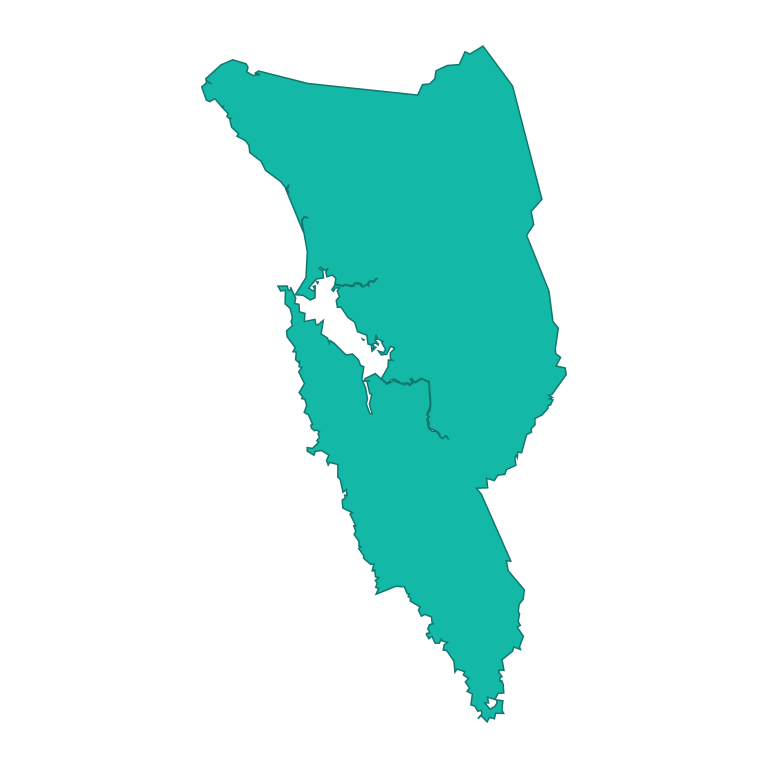 the district of West Coast, Tasmania, Australia
{"feature_id": "25037944B97850876136128", "entity_name": "West Coast", "entity_type": "district", "adm_level": 2, "iso_a3": "AUS", "parent_name": "Australia", "parent_adm1": "Tasmania", "projection": "equal_earth", "projection_center": [145.455, -42.452], "detail": "fine", "context": "isolated", "style": "filled", "palette": "teal", "viewbox_px": 768, "rotation_deg": 0, "n_neighbors": 0, "source": "geoboundaries", "source_scale": "gbopen_adm2", "svg_char_len": 6046}
<svg xmlns="http://www.w3.org/2000/svg" viewBox="0 0 768 768"><path d="M541.9,199.3L512.6,86.1L483.0,46.1L470.0,54.0L465.0,51.8L459.2,64.6L447.2,65.5L436.0,70.8L434.9,78.7L429.7,83.9L422.5,84.6L417.7,95.1L307.9,83.5L258.6,71.0L255.3,73.0L255.6,73.9L257.5,73.5L259.3,74.4L259.3,74.8L252.6,75.4L246.8,71.8L248.0,67.2L246.0,63.8L232.7,59.8L221.1,64.8L205.8,78.7L206.3,81.5L206.4,80.9L207.0,80.9L208.3,81.7L209.0,82.5L209.1,82.8L209.4,82.8L209.8,82.7L210.0,82.8L210.9,83.3L210.8,83.5L209.1,82.8L206.6,80.9L206.2,83.1L201.7,86.9L206.4,100.2L209.8,101.6L214.9,98.7L221.9,107.0L223.9,106.0L222.4,107.6L228.1,113.6L226.9,116.4L229.7,118.8L231.2,118.2L231.3,118.3L229.7,119.0L231.6,127.3L238.5,133.7L236.9,136.2L245.4,140.6L248.9,145.3L249.8,152.6L261.1,161.3L265.6,170.4L280.4,181.3L286.7,189.1L288.1,185.6L289.4,184.6L287.3,189.2L289.0,193.2L285.4,188.2L303.7,232.7L302.1,225.7L301.8,220.1L304.1,216.5L308.4,218.1L304.1,216.9L301.9,221.4L307.3,251.5L306.0,277.5L295.4,294.7L303.0,295.3L310.4,300.0L315.0,297.8L315.2,285.9L313.2,286.4L314.9,289.8L313.7,291.1L308.6,288.1L316.2,279.1L323.5,277.9L322.8,270.7L319.2,268.8L320.4,267.3L325.0,270.3L328.2,268.4L325.8,271.9L326.8,276.8L332.1,275.0L335.9,278.4L334.9,283.8L339.4,284.8L341.2,285.8L345.2,284.5L353.7,286.0L353.6,284.3L354.0,283.6L355.1,283.0L356.4,282.8L357.5,283.9L358.0,282.6L360.8,283.5L361.9,284.9L362.5,287.0L367.0,284.2L367.3,284.2L367.8,284.6L368.6,285.9L368.0,282.9L368.2,282.3L369.2,281.3L372.6,280.8L373.8,281.9L375.4,279.0L377.7,278.0L373.8,282.1L369.2,281.5L368.7,286.1L366.9,284.3L362.5,287.1L358.0,282.8L357.5,284.0L354.9,283.2L354.0,286.0L351.2,286.6L345.3,284.7L343.3,286.3L334.9,284.9L331.8,289.8L333.5,291.3L335.2,288.0L339.6,288.0L337.2,291.0L339.5,296.7L336.2,300.3L337.4,307.3L341.2,307.3L347.8,317.3L354.7,322.2L357.6,331.7L366.8,335.2L368.0,344.0L371.2,345.0L372.0,351.2L375.5,347.8L373.2,348.1L374.6,346.5L371.9,344.5L377.0,342.6L374.9,339.9L376.6,339.4L375.6,338.2L375.9,334.6L377.5,338.7L382.9,341.6L381.6,342.3L385.6,349.6L383.5,352.6L378.4,351.0L381.3,354.9L386.6,354.3L390.7,346.4L394.8,348.3L390.3,353.0L390.4,358.4L392.5,360.3L388.4,360.0L388.0,367.1L381.5,378.4L384.9,381.9L387.8,383.4L390.9,380.0L394.6,379.0L401.8,383.7L407.8,382.7L409.8,384.7L412.3,382.6L410.1,379.1L411.2,378.3L415.0,382.2L421.0,378.3L429.2,381.6L430.8,404.6L429.9,410.8L427.3,414.6L429.4,417.0L427.4,418.6L429.3,422.4L428.7,427.4L437.4,431.6L439.2,433.6L439.9,435.0L440.3,436.8L442.6,438.5L445.7,435.6L446.6,436.2L447.9,438.5L449.3,439.2L448.2,439.0L445.9,435.9L442.4,438.7L439.9,436.6L436.6,431.3L432.2,431.4L428.4,428.0L427.0,418.6L428.9,417.1L426.8,414.5L430.3,405.4L428.8,382.4L421.7,378.9L415.2,382.8L410.8,378.9L412.8,382.6L409.8,385.6L407.8,383.3L405.1,385.2L393.9,380.7L386.9,384.2L375.3,373.6L365.2,378.5L363.6,381.3L369.9,380.7L367.0,381.5L369.7,393.5L371.8,394.2L369.4,404.2L372.2,413.8L369.9,413.8L366.3,404.0L367.5,398.7L365.5,387.6L361.8,379.5L363.8,366.7L360.5,365.4L358.4,359.7L352.5,354.0L346.0,355.0L334.1,343.2L330.1,340.5L329.4,343.4L327.4,337.9L321.1,334.0L323.3,320.4L318.0,324.8L315.9,324.5L315.0,319.4L304.3,321.6L305.0,313.4L299.4,311.8L299.0,304.3L294.6,303.5L295.7,298.2L290.5,287.2L290.9,290.1L288.3,290.3L287.2,286.0L278.0,286.1L280.6,291.0L285.4,290.3L285.1,303.8L290.1,308.4L292.4,317.4L291.1,321.7L292.5,325.5L286.6,330.8L287.2,336.9L295.3,347.6L293.0,351.7L296.3,352.1L295.6,359.7L299.0,362.9L298.9,361.7L299.3,361.1L299.6,361.1L299.1,366.7L301.8,367.4L298.7,371.8L304.5,383.6L299.1,392.6L302.6,396.8L301.7,398.6L304.8,399.3L306.7,405.4L304.2,412.4L308.5,414.9L312.5,424.3L310.8,425.3L311.6,428.4L314.7,430.8L316.4,430.0L318.6,431.3L319.2,431.3L319.5,431.4L318.0,433.8L319.5,437.2L316.8,440.8L318.7,442.2L312.5,448.4L307.2,447.6L307.2,451.0L313.9,455.2L315.3,451.3L321.7,450.6L328.9,455.2L326.5,460.5L328.2,465.0L329.6,462.4L337.9,464.5L337.8,477.2L340.2,479.3L343.0,492.3L346.2,489.6L347.0,495.5L344.6,495.2L345.4,498.0L342.2,500.0L342.8,508.0L352.3,512.7L350.1,514.1L355.8,525.9L353.8,525.8L355.7,531.3L354.1,534.5L358.9,541.2L359.0,546.1L360.9,546.8L358.6,548.5L364.0,555.9L363.4,558.0L370.5,564.3L373.9,564.0L372.1,570.8L373.0,571.0L373.3,570.5L374.0,570.7L374.6,570.1L374.8,570.1L375.5,576.9L378.9,577.6L375.3,580.4L377.2,583.2L375.7,587.4L378.6,588.4L376.1,594.2L395.8,586.3L404.4,586.8L407.2,593.8L409.4,593.9L408.1,596.4L410.7,598.4L410.2,601.0L420.2,607.0L418.4,610.0L421.3,616.2L425.0,614.4L431.5,617.0L432.2,623.9L434.2,623.5L429.4,624.7L427.8,628.8L429.9,632.7L426.5,633.5L426.4,634.6L428.9,638.7L431.9,636.2L435.1,643.2L439.3,643.2L441.6,638.4L441.3,640.6L447.5,642.5L444.2,644.8L443.2,650.1L446.7,650.5L453.9,661.1L455.0,672.1L457.1,669.1L464.9,671.7L463.3,675.0L468.6,678.3L465.3,682.0L469.6,688.1L467.0,691.3L472.4,694.0L470.9,704.9L474.8,706.1L477.8,711.2L481.2,710.4L482.0,713.8L477.8,718.7L481.2,715.8L487.1,721.9L489.5,717.4L494.4,718.8L495.6,713.3L503.7,713.4L501.8,710.1L502.9,700.7L496.2,699.9L497.2,702.4L495.1,706.2L490.1,709.2L484.7,702.8L488.6,702.9L487.5,697.3L495.0,699.4L498.1,693.3L503.8,693.0L503.2,684.3L501.7,680.7L500.0,681.5L499.9,677.9L502.0,676.6L498.9,672.4L499.3,670.7L500.6,670.1L498.8,669.9L498.5,669.7L504.0,670.4L502.0,659.7L512.5,651.3L513.8,647.0L520.4,649.5L519.5,646.7L523.4,636.3L517.2,627.1L520.3,625.4L518.1,621.4L519.6,614.0L518.2,611.5L519.2,604.2L523.2,599.2L524.3,589.9L508.2,570.7L506.3,560.8L510.8,561.1L481.3,494.2L476.3,488.2L487.7,487.8L486.6,478.3L494.3,480.6L497.8,475.2L504.7,474.4L506.6,469.5L515.9,465.3L514.8,457.6L516.3,455.5L517.3,457.7L517.8,452.0L521.6,452.8L526.5,434.8L531.5,432.1L531.2,428.8L535.0,424.8L534.9,418.6L542.1,414.9L548.1,408.2L548.0,405.3L550.4,405.1L552.9,399.9L549.4,398.8L552.4,397.5L548.6,395.2L551.9,394.5L566.3,374.5L565.1,367.9L556.0,366.0L560.6,357.4L555.7,353.6L555.3,348.9L558.3,328.2L552.9,321.3L549.0,291.3L526.6,235.3L533.7,224.6L531.2,211.3L541.9,199.3ZM316.6,281.5L317.7,283.5L318.3,282.1L316.6,281.5ZM378.1,345.0L378.4,343.9L376.9,343.9L378.1,345.0ZM362.5,339.1L363.2,340.2L364.0,339.8L362.5,339.1Z" fill="#14b8a6" stroke="#0f766e" stroke-width="1.5"/></svg>